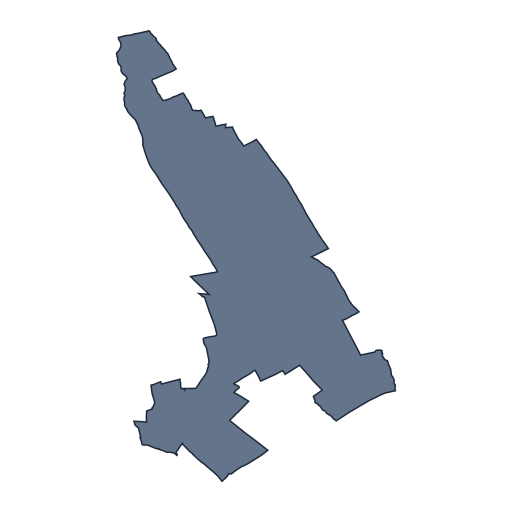 the district of Dimitrie Cantemir, Vaslui, Romania
{"feature_id": "2599482B29035233418864", "entity_name": "Dimitrie Cantemir", "entity_type": "district", "adm_level": 2, "iso_a3": "ROU", "parent_name": "Romania", "parent_adm1": "Vaslui", "projection": "robinson", "projection_center": [28.052, 46.525], "detail": "fine", "context": "isolated", "style": "filled", "palette": "slate", "viewbox_px": 512, "rotation_deg": 0, "n_neighbors": 0, "source": "geoboundaries", "source_scale": "gbopen_adm2", "svg_char_len": 6012}
<svg xmlns="http://www.w3.org/2000/svg" viewBox="0 0 512 512"><path d="M336.1,420.9L349.1,412.4L369.1,400.6L377.0,396.8L380.3,395.1L384.5,393.2L395.5,390.7L395.0,389.5L395.1,388.4L394.9,388.2L394.8,387.8L395.3,386.6L395.1,385.4L395.3,384.9L395.1,384.4L394.3,383.8L394.0,383.2L393.9,382.2L394.3,380.8L393.6,378.4L392.8,377.6L392.5,376.3L391.5,375.7L391.4,375.3L391.3,373.1L390.9,371.6L390.8,369.3L390.2,368.6L389.8,366.9L389.4,366.5L389.2,365.8L388.7,365.3L388.8,364.8L388.5,364.2L387.6,361.0L386.9,360.4L385.9,360.2L384.4,359.5L384.1,359.0L384.2,358.7L383.7,358.4L383.6,357.4L382.8,356.8L382.1,354.8L382.7,354.0L382.6,353.6L382.4,353.4L382.2,352.5L381.6,352.5L382.0,350.9L381.7,350.9L381.0,350.2L380.5,350.1L378.3,350.1L376.0,350.4L374.9,352.0L360.6,355.1L343.2,321.7L342.3,320.4L346.9,318.6L348.7,317.4L350.8,316.5L351.5,315.7L354.9,314.3L359.0,311.8L355.4,308.0L352.7,305.5L351.1,303.6L350.7,302.6L349.3,301.1L348.8,299.8L347.8,298.2L346.2,294.4L345.2,293.0L344.7,291.3L343.1,289.1L341.1,286.1L333.9,272.8L333.3,272.3L330.2,268.7L329.3,268.0L327.0,266.8L325.5,266.3L323.6,264.6L320.9,262.7L318.0,260.2L311.4,256.9L328.4,248.6L325.3,244.0L322.3,240.0L318.5,234.1L317.5,232.7L317.4,232.2L313.7,226.3L312.0,223.1L306.5,214.3L301.2,204.0L299.8,202.2L297.0,197.2L296.9,196.8L293.6,191.6L291.3,187.3L287.5,181.0L273.7,162.7L271.0,159.6L266.0,152.2L264.5,150.6L260.9,145.1L260.0,144.3L256.3,139.4L251.2,142.3L243.8,146.0L241.7,143.0L237.9,138.3L237.3,136.8L236.2,134.7L235.1,132.9L233.4,129.3L232.6,128.2L232.6,127.0L225.6,127.7L225.5,125.4L226.0,124.3L225.6,124.3L221.9,124.8L216.0,126.3L214.7,121.5L214.0,119.7L213.8,118.3L213.0,116.4L208.5,117.2L205.4,117.9L202.7,112.9L200.9,110.1L199.2,110.8L193.7,110.3L192.6,110.4L191.6,108.2L191.2,106.4L190.2,104.3L188.9,102.5L188.3,100.9L187.9,100.1L186.3,98.4L184.7,95.1L183.6,93.5L183.1,93.1L182.5,93.1L180.0,94.4L179.5,94.3L178.1,95.2L175.3,96.4L174.3,96.5L172.6,97.2L171.2,98.2L169.8,98.8L165.9,100.0L162.8,100.5L162.3,99.4L160.3,96.7L159.7,94.9L159.0,94.5L157.0,92.0L156.8,90.6L156.3,89.7L156.5,88.9L156.3,88.5L155.7,87.9L155.3,86.5L154.5,85.2L153.7,84.4L152.1,81.2L151.9,80.3L152.8,79.3L156.3,78.1L162.6,75.2L172.4,71.2L176.2,68.9L172.4,63.4L172.1,62.1L170.4,59.3L169.1,56.1L168.7,55.8L167.9,53.7L167.3,52.9L165.8,51.7L165.2,50.3L162.8,47.9L162.8,47.6L161.8,47.2L161.1,45.8L158.8,43.4L157.2,41.3L156.2,40.4L156.4,39.1L155.5,37.8L154.5,37.2L153.3,36.0L152.2,34.6L150.6,33.1L150.2,32.1L149.6,31.3L148.6,30.7L147.0,31.6L146.6,31.4L138.6,33.2L134.3,33.9L133.2,34.2L132.0,34.9L124.3,35.8L123.3,36.2L118.3,37.5L118.4,38.1L119.0,39.9L120.5,42.3L121.1,45.3L120.3,47.8L119.1,50.5L118.4,51.3L117.0,52.4L116.5,53.6L117.0,55.4L117.0,56.6L117.8,58.1L117.5,60.5L117.7,61.4L118.5,63.7L120.1,65.4L121.1,67.5L121.1,70.8L121.4,71.7L122.6,73.4L124.0,74.9L124.7,75.0L125.7,76.1L126.8,77.7L127.0,78.4L126.8,79.0L125.3,81.0L124.2,83.8L124.1,84.3L124.5,85.7L125.5,87.9L125.1,88.6L125.3,90.0L125.0,91.6L124.1,92.4L124.0,93.2L124.3,94.3L125.0,95.5L125.0,95.8L124.3,96.8L123.9,97.9L124.4,101.9L124.8,103.2L124.5,103.9L124.7,105.5L125.7,107.7L126.6,108.7L126.9,109.9L128.1,112.0L130.4,114.8L131.9,116.2L133.1,117.7L133.9,118.2L135.3,119.7L136.1,121.4L136.6,122.2L136.8,123.0L137.9,124.7L138.1,125.2L138.1,126.0L138.6,127.1L139.0,128.6L141.8,135.0L142.7,137.9L142.8,139.1L142.7,140.9L143.0,142.7L142.7,144.8L144.4,150.1L144.5,151.0L145.5,153.4L145.8,154.8L148.3,161.5L150.0,165.3L152.2,169.0L155.7,173.7L162.5,184.7L166.6,190.2L170.9,196.7L174.9,203.0L175.6,204.5L179.1,209.8L182.7,216.9L184.5,219.8L187.2,223.7L189.2,227.4L191.6,230.2L194.3,235.2L195.0,236.1L195.7,237.4L197.3,240.0L202.8,248.1L204.0,250.3L209.1,257.7L211.1,260.7L212.5,263.6L215.3,267.7L217.5,271.7L215.8,272.2L190.6,276.5L196.2,282.2L209.1,294.4L199.0,293.6L201.0,295.1L202.3,296.6L204.5,297.2L209.3,311.4L214.3,324.5L215.2,327.7L216.4,332.6L216.9,334.0L216.9,334.5L216.7,334.9L214.9,336.1L210.5,336.7L205.9,337.6L203.3,338.5L203.4,341.0L204.1,343.7L206.5,348.0L208.9,360.3L208.8,361.3L209.1,362.6L208.1,364.3L208.2,364.9L208.5,365.4L208.4,366.5L207.6,368.4L206.7,372.2L205.3,374.7L200.8,380.9L195.9,388.4L184.6,388.5L184.7,389.4L184.6,389.9L184.3,389.4L183.2,388.5L181.0,388.6L181.0,387.2L180.4,386.1L180.7,384.5L180.6,383.1L180.0,380.7L180.0,379.2L161.6,384.0L160.7,381.7L153.2,384.7L151.1,385.1L151.3,387.9L151.6,389.2L151.7,391.2L152.1,393.4L154.8,402.7L153.4,406.2L152.0,408.1L152.3,408.9L146.6,411.0L146.4,416.8L146.5,422.1L141.3,421.6L134.0,421.2L134.8,424.3L135.4,425.5L137.6,427.2L138.4,428.0L138.7,428.9L140.7,437.1L140.6,437.4L140.1,437.4L140.6,439.4L141.2,440.5L141.8,443.5L142.4,444.9L147.7,445.1L154.9,448.1L159.1,449.3L159.3,449.0L159.6,449.5L164.3,451.1L166.3,452.2L167.3,452.3L168.4,452.1L169.9,452.2L174.2,453.1L176.5,455.0L177.1,456.0L176.9,455.3L177.2,454.2L176.1,452.9L176.1,452.3L180.7,445.6L182.5,443.2L182.6,443.3L182.6,444.0L185.9,447.6L190.2,451.9L192.5,453.7L192.9,454.4L198.7,459.8L201.4,462.1L204.8,464.5L206.1,465.8L213.9,472.4L217.9,476.1L222.0,481.3L225.8,477.8L227.7,475.7L228.7,473.6L229.2,473.5L230.7,474.1L231.3,473.9L236.4,470.0L240.5,467.4L241.0,466.7L242.0,466.6L243.2,466.1L248.4,463.4L261.8,455.0L267.8,450.2L252.6,438.4L246.5,434.0L229.6,420.4L235.4,414.7L236.1,413.7L237.9,412.3L248.7,401.3L239.3,395.4L234.0,392.6L235.4,390.9L239.0,387.9L239.2,387.6L239.3,387.2L238.7,386.3L234.0,383.9L233.9,383.4L236.9,381.8L244.0,377.1L246.0,376.2L246.5,375.7L249.1,374.3L251.2,372.9L251.9,372.2L253.1,371.3L255.0,370.2L258.3,376.1L259.9,379.3L260.4,380.9L261.0,381.0L275.0,374.6L282.7,370.6L284.6,373.4L285.0,374.3L290.2,371.3L295.4,367.9L299.6,365.4L306.0,372.3L313.2,380.9L322.3,390.1L313.6,396.2L313.4,396.6L313.5,397.0L314.2,398.1L314.3,399.1L315.1,400.5L315.1,401.1L314.9,402.1L315.0,402.5L316.2,403.4L317.6,403.7L318.2,404.5L318.4,405.2L319.9,406.1L321.0,407.3L321.8,409.0L322.9,410.1L324.0,410.6L324.4,410.6L325.4,411.2L326.1,412.7L328.6,414.7L330.4,415.2L330.8,416.0L331.8,416.6L333.5,419.0L334.2,419.2L335.5,420.1L336.1,420.9Z" fill="#64748b" stroke="#1e293b" stroke-width="1.5"/></svg>